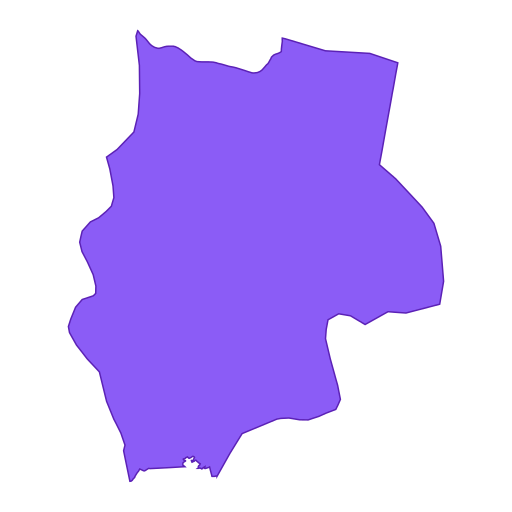 outline of At Tall, Rif Dimashq, Syria
{"feature_id": "27442178B63006606807907", "entity_name": "At Tall", "entity_type": "district", "adm_level": 2, "iso_a3": "SYR", "parent_name": "Syria", "parent_adm1": "Rif Dimashq", "projection": "orthographic", "projection_center": [36.331, 33.701], "detail": "fine", "context": "isolated", "style": "filled", "palette": "violet", "viewbox_px": 512, "rotation_deg": 0, "n_neighbors": 0, "source": "geoboundaries", "source_scale": "gbopen_adm2", "svg_char_len": 4774}
<svg xmlns="http://www.w3.org/2000/svg" viewBox="0 0 512 512"><path d="M217.1,476.2L226.2,460.0L229.9,453.4L242.1,433.6L249.5,430.5L276.9,419.1L280.8,418.4L288.9,418.0L299.7,419.8L300.6,419.8L308.2,419.9L312.6,418.4L318.8,416.4L325.9,413.2L335.8,409.4L338.0,404.9L340.4,399.4L337.6,385.2L335.3,377.1L334.8,375.2L330.3,359.0L325.5,338.7L326.2,329.4L327.1,324.6L328.0,319.8L338.7,313.8L350.5,315.8L365.1,324.5L388.0,311.7L398.5,312.5L406.0,313.0L439.7,304.2L443.6,281.3L442.3,265.5L440.7,246.2L433.9,223.3L422.1,207.1L413.6,198.0L396.2,179.4L395.7,178.8L394.0,177.4L393.5,176.9L393.2,176.6L392.5,176.0L392.3,175.9L380.0,165.2L379.4,164.7L382.0,150.7L385.5,130.9L388.3,115.4L390.0,106.1L391.9,95.5L392.0,94.7L392.7,91.0L393.1,89.0L393.9,84.5L395.8,73.7L397.7,63.5L397.8,62.8L369.8,53.4L325.4,50.8L285.3,38.8L282.3,38.1L282.3,38.6L282.2,38.7L282.3,41.0L282.3,41.6L282.0,43.8L281.6,47.0L281.6,47.6L281.5,47.9L281.4,49.0L281.3,51.5L280.5,52.2L278.3,53.3L277.1,53.7L275.5,54.2L273.6,55.1L273.1,55.6L271.5,57.1L271.4,57.3L270.8,58.8L270.5,59.3L270.1,59.9L269.3,61.4L268.6,62.6L268.0,63.6L267.1,64.4L266.9,64.5L266.4,65.0L265.8,65.7L264.9,66.8L262.4,69.6L261.9,70.1L260.0,71.5L259.7,71.6L258.3,72.2L257.3,72.6L253.7,73.0L252.7,72.9L252.1,72.9L251.5,72.7L248.9,71.9L248.5,71.8L245.9,70.9L244.4,70.4L236.1,67.8L233.2,67.1L229.8,66.5L228.5,66.2L226.2,65.5L221.4,64.1L218.5,63.5L217.5,63.2L216.0,62.7L215.0,62.5L214.5,62.4L213.0,62.1L208.6,61.9L202.0,61.9L197.0,61.6L194.9,60.8L190.8,58.0L187.4,54.9L183.5,51.7L183.4,51.6L182.3,50.8L181.4,50.1L180.8,49.7L178.6,48.3L178.4,48.1L175.1,46.6L173.5,46.3L173.4,46.2L168.4,46.2L167.4,46.3L166.8,46.3L166.4,46.4L164.8,46.7L163.1,47.2L162.3,47.5L162.0,47.6L160.4,48.0L159.3,48.3L157.9,48.3L154.7,47.4L152.1,45.9L150.5,44.6L149.4,43.5L146.1,39.4L145.0,38.2L144.1,37.4L143.4,36.8L140.3,34.2L139.5,33.1L138.6,31.7L138.0,30.9L137.7,30.7L136.0,36.2L139.4,65.4L139.7,93.5L138.2,114.2L133.9,132.0L117.1,149.5L106.5,157.1L109.8,168.9L113.0,185.8L113.8,196.7L113.9,197.6L112.2,203.3L111.4,206.2L111.2,206.4L106.0,211.6L98.6,217.8L90.4,221.9L82.2,231.1L80.9,236.6L79.7,242.2L82.0,251.6L87.4,261.9L93.2,274.7L95.9,286.1L95.7,293.4L93.3,295.8L82.2,299.5L75.6,307.2L70.8,319.0L68.4,326.5L69.5,332.6L71.5,336.2L76.5,345.1L80.9,350.7L87.0,358.6L87.7,359.4L89.1,360.9L95.5,367.7L99.4,371.9L101.1,378.9L106.6,401.4L107.8,404.3L110.8,411.7L113.8,419.1L116.0,423.3L120.0,431.3L120.9,433.1L125.0,445.1L123.6,450.7L125.1,458.1L129.9,481.3L130.1,481.3L130.7,481.2L130.8,481.2L131.0,481.2L131.3,481.0L131.5,480.8L131.7,480.7L131.9,480.6L132.1,480.4L132.4,480.1L132.5,479.9L132.7,479.6L132.8,479.5L132.9,479.3L133.0,479.2L133.2,478.9L133.3,478.7L133.5,478.6L134.4,477.7L134.5,477.6L134.7,477.4L134.7,477.2L134.8,476.9L134.8,476.7L135.0,476.4L135.9,474.8L136.1,474.5L137.1,472.9L137.8,472.0L138.5,471.2L138.7,470.9L138.9,470.5L139.7,469.0L140.6,469.4L141.7,469.9L142.7,470.4L144.0,470.9L144.3,470.9L144.6,470.8L145.3,470.5L145.8,470.2L146.8,469.5L148.3,468.6L148.5,468.5L148.6,468.4L148.8,468.4L150.1,468.6L169.6,467.6L184.7,466.7L184.9,466.7L184.6,466.4L182.9,465.2L182.8,464.0L182.9,463.2L183.2,462.6L183.7,462.2L184.2,461.8L185.0,461.4L185.5,461.0L185.5,460.7L185.2,460.5L184.3,460.3L183.7,459.9L183.3,459.4L183.4,458.9L184.2,458.7L185.0,458.5L185.5,458.2L185.8,457.6L186.9,457.2L187.5,456.9L187.8,457.2L188.2,457.6L188.5,457.9L188.8,458.2L189.2,458.3L189.8,458.1L190.1,457.9L190.8,457.6L191.4,457.2L192.1,456.7L192.9,456.3L193.5,456.5L193.9,456.7L194.4,457.2L194.5,457.6L194.2,457.9L194.1,458.1L193.8,458.9L193.4,459.7L192.9,460.4L192.3,460.8L191.9,460.6L191.6,460.4L191.4,460.4L191.3,460.6L191.4,460.9L191.8,461.4L191.8,461.8L192.0,462.2L192.5,462.0L192.8,461.9L192.9,461.7L193.3,461.5L193.6,461.4L194.1,461.3L194.4,461.1L195.0,460.5L195.6,460.2L196.0,460.3L196.3,460.5L196.6,460.9L196.9,461.3L197.0,461.4L197.3,461.6L197.5,461.7L198.0,462.1L198.2,462.5L198.5,462.7L199.6,463.4L200.1,463.7L199.9,464.0L200.0,464.6L199.8,464.9L199.4,465.2L199.0,465.5L198.7,465.8L198.4,466.3L198.3,466.6L198.6,467.2L198.6,467.5L198.2,467.9L197.7,468.3L197.8,468.3L198.1,468.3L198.1,468.2L198.5,468.2L198.8,468.1L199.0,468.1L199.3,468.1L199.6,468.1L199.9,468.1L200.3,468.2L200.7,468.3L201.1,468.4L201.6,468.9L202.6,468.6L203.1,467.7L203.3,467.6L204.0,467.2L204.9,466.7L204.7,467.4L204.5,468.2L204.8,468.4L204.9,468.5L205.0,468.5L205.3,468.5L207.3,467.9L209.0,467.3L209.3,467.2L209.6,467.0L209.7,467.3L209.7,467.5L210.1,469.0L210.5,470.8L210.8,471.7L211.1,473.0L211.5,474.4L211.9,476.2L211.9,476.3L212.0,476.4L212.6,476.4L212.9,476.4L213.2,476.4L213.5,476.4L213.9,476.4L214.0,476.4L214.4,476.4L214.5,476.4L215.1,476.2L215.3,476.2L215.5,476.1L215.8,476.1L216.0,476.1L216.3,476.0L216.5,476.1L216.8,476.1L217.1,476.1L217.1,476.2Z" fill="#8b5cf6" stroke="#5b21b6" stroke-width="1.5"/></svg>